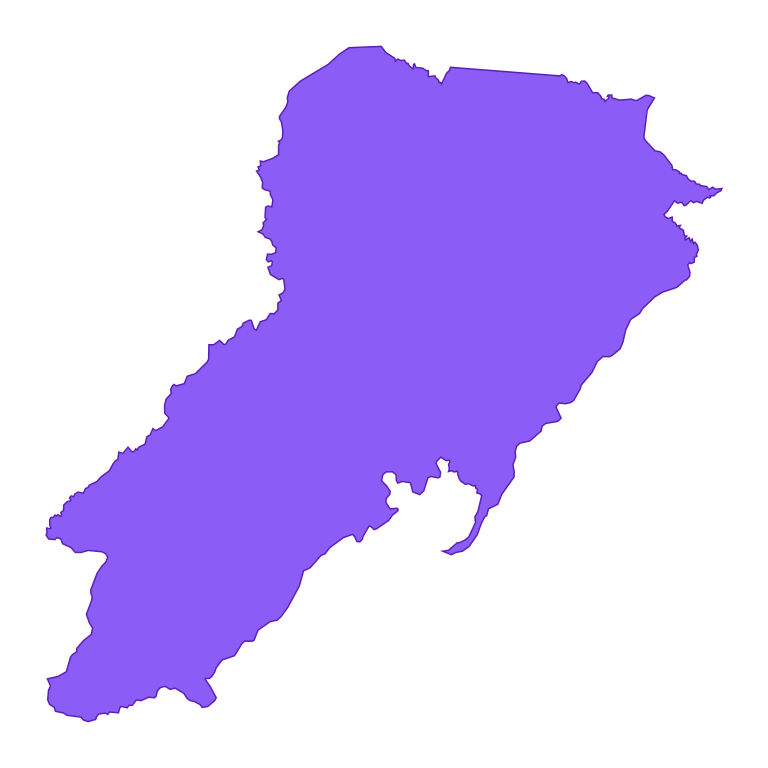 Norosi, Bolívar, Colombia (Natural Earth projection)
{"feature_id": "7082276B10852217630154", "entity_name": "Norosi", "entity_type": "district", "adm_level": 2, "iso_a3": "COL", "parent_name": "Colombia", "parent_adm1": "Bolívar", "projection": "natural_earth1", "projection_center": [-74.124, 8.493], "detail": "fine", "context": "isolated", "style": "filled", "palette": "violet", "viewbox_px": 768, "rotation_deg": 0, "n_neighbors": 0, "source": "geoboundaries", "source_scale": "gbopen_adm2", "svg_char_len": 5999}
<svg xmlns="http://www.w3.org/2000/svg" viewBox="0 0 768 768"><path d="M47.4,678.8L50.5,686.0L48.5,690.3L47.7,699.8L49.5,704.2L54.2,707.4L55.5,711.3L63.5,713.0L67.0,715.3L81.1,717.1L83.4,720.0L88.1,721.6L95.7,719.4L96.5,716.7L98.8,714.0L105.1,713.1L107.8,714.4L109.4,712.0L118.5,712.8L119.7,708.0L121.3,706.4L127.2,707.8L128.8,705.5L132.5,705.1L136.3,700.0L141.0,700.6L148.6,697.3L154.6,697.7L156.1,696.3L157.4,690.7L160.7,687.4L163.7,686.6L166.0,686.7L169.9,689.3L175.3,688.2L183.8,693.3L187.0,698.3L189.9,700.5L194.4,701.5L200.3,704.7L202.1,707.4L207.8,706.5L214.7,700.6L216.2,697.7L209.9,686.0L205.2,679.4L205.4,678.4L209.0,678.5L211.3,677.0L214.6,672.2L216.3,667.5L222.2,659.9L234.5,655.7L241.9,643.6L244.7,641.1L252.5,641.2L254.1,640.1L258.0,630.1L270.2,621.6L277.2,620.2L281.2,616.4L287.9,607.1L299.3,586.1L303.5,570.9L310.2,567.7L321.0,555.4L325.0,553.8L329.8,547.6L343.4,537.6L352.4,534.4L354.7,536.6L356.8,541.5L359.9,541.8L362.4,539.2L363.0,536.5L369.0,526.1L371.0,526.6L374.1,529.6L376.3,528.9L388.8,520.4L392.5,515.0L397.6,511.1L398.2,509.4L396.9,508.2L390.0,508.9L386.0,502.5L386.1,498.6L389.8,494.3L390.2,491.4L386.6,485.9L381.5,480.7L382.9,474.6L386.2,471.9L392.3,471.8L395.0,473.8L396.1,475.0L396.3,480.2L397.8,483.1L402.3,481.4L410.4,482.7L412.8,491.9L419.7,494.6L423.7,491.0L428.0,477.7L430.5,476.5L438.3,477.8L439.9,477.1L440.6,472.3L435.8,463.1L437.1,460.9L440.8,457.2L446.1,460.6L449.3,460.3L449.9,461.7L448.6,464.4L449.3,468.6L448.5,471.6L451.4,470.7L454.0,472.0L457.2,471.2L458.8,478.0L460.6,481.0L465.4,484.3L468.5,483.7L473.2,486.0L475.7,485.6L475.7,488.1L477.6,489.3L476.8,492.9L480.0,493.9L481.7,495.7L478.0,511.2L474.9,517.0L475.5,522.5L468.9,536.8L464.4,540.4L458.8,542.9L457.3,542.7L448.5,550.3L442.8,551.2L451.4,554.7L455.8,552.5L462.6,551.1L469.1,546.5L477.3,534.6L481.3,523.4L484.6,517.0L486.6,515.7L488.5,508.8L497.9,504.2L501.7,494.4L514.1,476.9L514.2,471.5L512.9,464.9L515.7,457.2L515.2,451.7L516.5,446.4L519.8,443.2L529.9,440.9L541.1,431.0L542.1,426.1L545.8,423.4L557.6,421.4L561.1,418.2L556.0,407.1L556.4,406.0L559.0,403.1L565.7,403.7L570.7,402.5L573.6,400.5L580.2,389.0L581.2,385.1L591.8,372.7L597.3,361.5L602.8,356.6L609.5,356.7L612.3,355.3L620.2,348.7L623.0,341.8L625.7,329.9L630.7,319.4L639.4,313.6L642.9,308.2L654.6,297.0L662.2,292.3L676.9,287.3L685.2,280.0L686.5,280.0L689.6,276.3L690.0,272.4L687.7,264.9L689.6,262.6L691.0,263.6L694.2,262.2L694.3,257.5L697.0,256.2L696.4,254.3L698.4,249.9L697.2,245.1L695.0,242.2L693.6,243.7L692.1,239.1L690.6,241.6L689.1,237.7L685.3,240.0L684.8,238.6L686.8,236.1L684.4,235.8L683.4,230.3L679.2,227.7L680.3,225.4L676.9,226.1L675.4,223.0L672.4,221.4L672.2,217.1L668.1,218.5L665.1,216.7L664.0,214.4L667.5,211.1L674.4,200.8L677.6,203.2L681.7,202.2L684.2,205.7L685.7,205.4L690.9,200.6L693.5,202.7L696.4,201.4L702.3,203.3L703.2,200.5L707.1,197.3L709.7,198.0L710.7,197.0L710.2,195.8L714.1,195.7L716.7,192.8L721.0,190.7L721.9,188.5L715.6,189.2L712.7,187.2L708.7,189.7L706.7,186.5L700.7,185.7L699.5,184.2L696.4,184.1L694.6,181.3L690.6,181.0L687.9,178.6L686.5,175.7L682.1,174.5L681.2,173.2L679.6,173.7L679.5,172.0L676.2,169.9L672.8,169.6L671.9,165.4L663.8,154.9L660.3,151.9L654.8,150.7L645.3,140.4L643.8,137.4L647.2,109.9L654.5,98.0L648.7,95.5L645.9,95.3L637.3,100.3L635.4,100.5L631.3,99.1L619.7,100.1L611.9,97.9L611.9,95.1L608.1,95.0L607.4,96.4L608.7,96.3L608.6,98.5L604.8,101.5L604.3,99.3L601.4,98.8L601.3,96.8L597.8,92.7L592.6,92.7L587.2,83.4L584.7,81.0L581.4,81.3L579.3,84.2L575.7,82.1L574.0,82.7L571.1,81.5L567.9,82.5L566.6,78.3L564.1,75.7L561.7,74.7L559.9,75.9L450.3,67.3L449.8,69.9L446.5,73.3L441.5,84.1L440.5,82.4L438.9,82.3L438.6,80.3L435.5,77.6L434.9,75.8L428.3,76.7L428.4,70.7L425.7,70.4L422.9,68.2L415.9,67.5L414.5,63.9L413.6,64.4L413.1,68.9L409.2,65.9L408.0,63.4L406.6,63.4L404.3,60.1L400.5,60.5L397.8,59.0L395.3,61.2L394.8,58.4L385.8,52.5L381.2,46.4L349.1,47.7L339.7,53.9L328.3,64.3L300.4,81.1L289.3,91.1L287.3,97.6L287.8,102.0L285.9,107.2L279.6,116.2L279.4,118.6L281.4,121.9L282.9,130.9L282.4,137.8L281.2,139.9L278.4,141.2L279.7,142.8L278.6,145.2L278.5,154.7L272.5,158.4L263.5,161.7L260.3,161.0L260.7,165.9L258.0,166.9L259.3,169.9L256.5,171.1L260.4,176.8L262.6,182.4L262.2,187.8L264.2,189.5L270.2,191.2L270.3,194.3L272.9,199.8L271.8,206.9L267.8,206.0L265.6,207.3L265.0,217.4L266.6,219.4L263.1,222.8L263.6,225.6L262.1,229.6L258.1,231.8L263.0,234.0L265.3,237.4L269.8,238.9L271.6,241.1L272.8,245.1L276.1,247.9L275.8,252.6L271.4,254.3L267.6,254.1L266.3,259.6L268.2,261.9L271.3,260.9L272.4,261.9L271.6,265.7L267.9,267.3L270.4,274.4L278.8,279.6L282.4,278.5L283.7,279.4L285.0,288.8L283.2,292.7L279.0,294.9L281.4,300.6L277.9,303.0L277.8,310.0L274.1,313.8L270.1,313.5L266.4,319.7L260.3,321.7L256.4,330.1L254.3,329.2L251.3,320.4L249.3,320.2L243.3,323.1L242.0,326.5L237.4,329.1L234.5,336.9L228.3,340.1L225.5,344.4L223.7,344.4L219.6,340.4L213.6,344.8L208.9,344.7L208.6,359.2L207.1,362.1L195.3,373.7L187.3,376.2L184.3,383.6L176.2,385.9L173.8,384.4L172.2,386.2L170.6,389.5L171.4,393.4L166.1,399.1L164.5,405.6L164.8,413.3L168.6,417.4L168.7,418.7L162.7,426.8L155.7,430.6L152.9,428.6L150.2,434.9L147.0,436.6L145.0,444.2L138.6,447.3L137.4,450.0L135.8,448.8L134.7,450.9L132.2,452.1L128.0,447.2L122.8,453.4L118.8,452.1L117.8,459.7L115.6,460.5L113.5,463.2L109.2,470.9L101.2,476.7L96.9,481.5L89.3,485.2L88.1,487.4L85.4,488.6L83.5,493.1L77.9,492.1L74.8,494.1L73.6,496.8L71.5,495.9L70.3,496.8L69.5,498.2L70.7,499.5L70.5,500.8L67.1,501.7L63.7,505.1L63.6,510.3L60.8,512.5L61.6,514.8L60.6,516.4L57.9,514.6L56.6,516.0L55.0,515.1L53.3,517.4L50.8,517.5L49.8,519.6L49.7,524.9L50.9,528.0L49.2,528.7L46.9,527.9L46.5,529.4L47.1,532.2L46.1,535.0L48.6,539.0L54.8,539.6L56.9,537.6L60.8,538.9L62.6,543.7L71.0,547.5L75.2,552.4L80.9,552.5L88.2,550.4L102.1,551.8L105.6,553.7L107.7,557.0L105.9,562.1L102.2,565.7L97.1,573.3L90.8,589.9L90.9,593.4L92.2,596.5L91.7,600.2L86.4,614.3L89.5,623.1L92.6,628.1L91.3,634.4L83.7,640.4L76.8,648.3L76.6,651.8L72.3,654.7L70.5,657.2L66.3,671.8L57.9,676.5L47.4,678.8Z" fill="#8b5cf6" stroke="#5b21b6" stroke-width="1.5"/></svg>